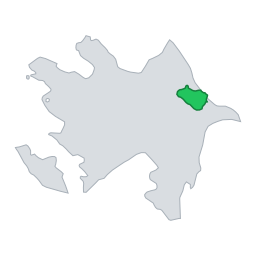 Azerbaijan, with Xizı highlighted
{"feature_id": "AZE-1719", "entity_name": "Xizı", "entity_type": "District", "adm_level": 1, "iso_a3": "AZE", "parent_name": "Azerbaijan", "parent_adm1": "", "projection": "albers", "projection_center": [49.238, 40.741], "detail": "fine", "context": "in_parent", "style": "filled", "palette": "green", "viewbox_px": 256, "rotation_deg": 0, "n_neighbors": 0, "source": "natural_earth", "source_scale": "10m", "svg_char_len": 3790}
<svg xmlns="http://www.w3.org/2000/svg" viewBox="0 0 256 256"><path d="M180.4,218.5L179.2,218.4L170.8,220.3L169.0,219.7L161.9,210.4L160.4,209.4L157.3,209.0L155.5,207.4L154.1,205.0L153.3,203.1L145.9,198.1L144.8,196.2L144.7,194.6L145.8,193.2L147.1,192.0L150.7,190.8L154.9,189.8L156.3,189.0L157.0,187.7L157.0,185.6L156.3,183.5L150.3,179.6L149.7,178.0L149.5,176.0L149.9,173.9L150.8,172.3L155.8,170.1L158.4,167.8L156.8,165.2L151.6,159.3L145.4,152.7L141.3,152.6L136.4,154.4L128.6,159.8L124.3,162.1L118.6,165.9L112.4,170.1L107.3,174.6L104.1,178.3L98.6,179.8L95.7,182.9L86.1,192.3L83.5,192.1L83.4,187.3L83.7,183.5L83.2,181.3L80.3,178.3L80.3,177.0L81.1,176.2L83.4,176.8L86.3,176.7L87.8,175.6L84.7,171.6L82.0,168.9L79.7,167.0L79.2,165.9L79.2,165.2L79.7,164.3L83.9,162.3L84.3,160.3L84.1,158.1L77.8,154.6L72.9,155.7L68.7,151.8L66.1,148.9L62.7,145.7L59.7,144.0L56.9,140.0L51.9,135.9L48.7,134.6L48.7,134.0L49.4,133.3L50.8,132.8L59.9,133.3L61.0,132.7L61.7,131.0L63.0,128.5L64.6,124.9L64.6,121.8L55.6,116.5L49.2,111.6L44.9,105.4L42.0,99.7L42.2,97.9L43.2,96.1L50.4,91.3L51.0,90.0L50.9,89.1L48.5,86.4L45.4,83.6L44.5,81.6L42.6,80.5L38.8,80.2L32.3,76.6L30.9,76.2L30.7,75.6L31.0,74.9L35.8,73.8L35.8,72.7L34.4,71.2L31.8,70.0L29.5,67.3L28.8,64.8L37.6,58.3L40.1,57.1L45.6,58.6L57.0,63.6L56.1,66.2L57.2,67.6L59.8,69.7L64.8,71.9L69.0,73.0L71.3,72.2L74.6,71.6L78.8,74.1L82.7,77.1L84.7,78.3L85.7,78.7L88.8,77.8L92.5,74.2L94.1,69.8L94.5,67.6L92.5,64.6L88.3,61.2L83.5,58.2L80.5,55.6L78.6,50.6L76.6,50.0L76.2,49.3L75.9,47.6L76.1,45.2L76.8,43.4L78.8,42.7L80.8,42.5L82.6,40.8L85.0,37.5L86.0,35.7L90.2,36.9L90.6,39.9L91.3,40.6L93.1,40.3L96.0,39.1L98.3,40.2L101.2,43.9L105.2,47.8L107.4,50.4L108.2,52.2L110.3,54.0L113.3,56.1L115.7,59.3L117.7,66.7L119.9,68.5L127.8,71.4L130.6,72.1L138.5,73.2L141.3,72.5L145.4,66.2L149.1,59.8L152.5,58.4L158.7,55.4L162.4,52.4L163.9,49.2L167.4,43.2L169.6,39.8L173.1,42.8L179.3,51.1L188.2,64.5L190.4,68.3L191.8,72.7L193.0,78.0L195.1,82.7L204.2,94.6L208.2,99.0L214.7,104.6L217.0,105.9L220.0,106.2L225.5,106.2L230.6,108.3L233.2,109.9L235.8,112.1L238.2,114.7L240.6,121.6L231.7,119.4L222.7,119.8L217.7,121.4L212.8,123.4L208.1,126.3L205.1,131.9L202.7,144.9L199.0,157.0L199.2,162.7L200.8,168.0L200.6,170.6L198.9,171.7L196.8,174.0L194.0,185.1L192.6,187.3L190.8,188.7L190.3,187.4L190.4,184.5L186.4,181.9L184.3,184.8L182.8,190.9L179.9,197.3L179.7,198.6L180.4,218.5ZM49.0,101.2L49.4,99.4L48.3,98.6L47.2,98.5L46.1,99.3L46.0,101.5L47.4,102.0L49.0,101.2ZM17.2,150.4L15.9,148.5L15.4,147.5L19.4,146.9L26.1,144.8L27.9,146.0L29.7,148.6L30.6,150.7L30.6,154.6L31.3,155.2L34.6,154.1L36.0,155.7L38.4,157.7L42.6,159.7L49.0,157.1L52.1,156.5L54.6,156.6L56.0,157.6L56.3,160.6L55.7,164.3L54.9,166.3L56.1,167.8L61.1,171.6L63.2,173.7L62.0,177.1L65.5,185.6L66.7,189.0L68.1,193.1L60.3,191.2L46.3,187.2L42.5,185.3L39.0,180.5L36.9,178.1L33.8,175.1L31.2,173.8L29.3,171.7L28.3,168.7L26.7,165.9L24.0,162.6L18.0,151.5L17.2,150.4ZM29.0,78.7L28.1,79.2L26.8,78.6L26.5,77.2L26.7,75.8L28.0,75.6L29.0,76.0L29.2,77.3L29.0,78.7Z" fill="#d9dde1" stroke="#a8b0b8" stroke-width="1"/><path d="M200.8,90.2L200.9,90.3L201.2,91.1L202.1,91.8L203.9,92.9L204.8,92.7L205.5,93.4L206.2,94.3L207.0,94.7L207.5,95.2L207.3,96.3L206.6,98.3L206.4,99.3L206.3,99.9L206.4,100.5L206.5,100.8L207.1,101.5L207.2,101.8L205.6,102.1L205.3,103.1L204.5,104.5L203.4,105.5L202.9,106.1L202.4,106.8L202.2,107.8L202.0,108.8L199.5,109.9L196.5,110.0L193.9,108.6L191.8,106.4L190.1,104.6L188.0,103.9L186.2,102.6L184.7,100.9L183.8,99.8L182.9,98.9L180.8,97.3L178.5,96.6L176.9,94.3L177.5,91.7L178.6,90.5L180.0,89.7L181.3,89.6L182.6,89.2L184.0,88.7L185.3,88.0L185.6,87.2L185.8,86.3L186.4,85.6L187.2,85.4L188.1,86.1L188.4,88.1L189.4,88.7L190.5,89.2L192.1,90.2L193.7,90.8L195.7,91.0L197.5,90.5L199.1,90.2L200.7,90.2L200.8,90.2Z" fill="#22c55e" stroke="#15803d" stroke-width="1.5"/></svg>